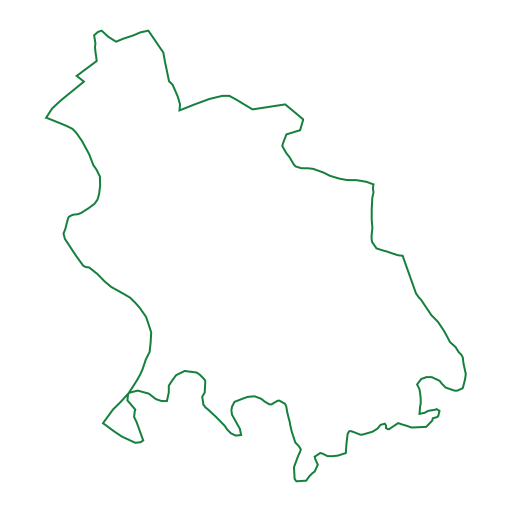 Basyun, Al Gharbiyah, Egypt (Robinson projection)
{"feature_id": "37247803B14729269607977", "entity_name": "Basyun", "entity_type": "district", "adm_level": 2, "iso_a3": "EGY", "parent_name": "Egypt", "parent_adm1": "Al Gharbiyah", "projection": "robinson", "projection_center": [30.832, 30.96], "detail": "fine", "context": "isolated", "style": "outline", "palette": "green", "viewbox_px": 512, "rotation_deg": 0, "n_neighbors": 0, "source": "geoboundaries", "source_scale": "gbopen_adm2", "svg_char_len": 3790}
<svg xmlns="http://www.w3.org/2000/svg" viewBox="0 0 512 512"><path d="M303.0,119.2L285.2,104.4L252.5,109.4L235.7,99.3L229.4,95.9L227.3,95.9L222.2,95.9L209.3,99.0L194.1,104.6L189.1,106.6L179.5,110.4L180.0,104.3L178.5,99.0L177.9,97.1L177.6,96.2L172.7,84.9L169.0,81.2L165.6,64.6L165.3,63.5L163.3,52.5L159.3,46.7L156.0,41.8L148.4,30.7L140.5,32.3L133.6,35.3L123.3,38.7L116.1,41.7L108.3,36.8L101.7,30.7L98.0,31.9L94.1,35.3L95.4,43.2L95.0,47.5L95.3,50.5L95.7,53.7L96.1,56.2L96.7,61.0L76.7,75.9L83.9,81.6L61.8,99.6L57.5,103.5L52.1,108.5L46.2,117.7L46.3,117.7L59.2,122.9L66.3,125.8L72.5,128.9L76.2,132.7L82.0,141.0L89.2,154.3L93.4,165.3L93.5,165.3L96.4,169.5L97.0,170.7L99.9,176.5L100.1,185.9L99.7,189.1L99.1,194.0L97.5,199.6L94.5,203.8L88.4,208.3L81.4,212.8L78.0,214.2L73.7,214.6L73.1,214.8L71.4,215.4L68.9,216.8L68.1,218.3L66.6,223.9L65.4,228.8L63.5,233.6L64.9,238.9L76.1,255.9L83.3,265.8L85.9,267.1L88.9,267.4L91.4,269.2L95.7,272.7L97.2,273.8L104.6,281.4L111.1,286.9L123.5,293.8L130.0,297.6L135.2,302.7L139.6,307.7L146.0,316.8L148.5,324.0L148.9,325.2L149.8,328.1L149.9,328.3L151.2,332.6L150.6,342.7L149.6,352.0L145.8,359.5L142.6,369.1L140.3,374.3L137.7,379.0L134.0,385.0L129.4,392.0L128.9,392.9L132.9,391.8L137.7,390.6L148.7,393.6L156.0,399.2L161.5,401.0L166.9,401.1L168.8,392.4L168.8,385.7L170.0,383.8L172.4,380.2L176.1,375.2L184.6,371.0L196.6,372.5L199.8,374.7L203.5,378.4L205.3,380.8L204.7,392.5L202.2,396.8L202.8,400.5L203.4,404.8L204.1,405.4L205.3,407.3L208.3,409.7L212.2,413.4L215.6,416.5L224.7,425.8L227.2,429.5L230.8,433.2L235.7,435.6L241.1,435.0L239.9,428.9L232.0,414.7L231.4,410.4L232.0,406.7L234.5,401.8L235.7,401.4L244.2,398.1L246.1,397.5L247.3,396.9L254.6,396.3L261.3,398.8L264.3,401.3L269.2,404.3L271.6,404.3L277.7,400.7L279.5,400.7L285.0,403.8L286.2,406.2L287.4,413.0L288.6,417.9L289.8,422.2L290.4,425.9L291.7,431.5L295.3,442.5L298.9,446.2L300.8,449.3L300.1,451.8L298.3,455.5L296.5,460.4L294.0,467.1L294.6,478.8L295.9,480.7L296.5,481.3L303.7,480.8L306.2,480.7L309.2,476.4L312.3,473.3L314.7,471.5L317.8,464.7L315.3,459.2L314.7,456.7L317.6,454.8L320.2,453.0L322.7,453.7L327.5,456.1L332.4,456.2L337.9,455.6L342.5,454.1L345.8,453.1L346.4,444.5L346.7,441.7L347.6,434.1L348.9,431.6L350.1,431.0L352.5,431.6L360.4,434.7L362.2,434.7L372.6,431.7L377.5,428.6L380.5,424.9L384.8,423.7L386.0,425.5L386.0,428.0L387.8,429.2L389.0,429.2L398.2,423.1L401.8,424.4L406.1,425.6L411.5,427.5L426.1,426.9L427.6,425.4L432.2,420.7L432.8,418.3L437.1,417.1L437.8,416.4L438.3,415.8L439.5,410.9L436.5,409.1L435.3,409.7L428.0,410.9L424.9,412.7L419.5,413.9L420.1,406.6L420.7,403.5L420.7,400.6L420.7,398.6L420.1,393.0L419.5,389.4L417.1,384.4L421.3,378.9L425.0,377.7L426.2,377.1L431.7,377.1L439.6,380.8L442.0,383.9L445.7,387.6L454.8,390.7L457.2,390.7L462.7,388.2L464.2,382.8L464.5,381.5L465.2,378.4L465.8,374.1L463.4,363.0L462.8,357.5L461.5,355.0L458.5,351.9L455.5,347.0L451.0,343.0L450.0,342.1L445.8,334.1L443.3,329.8L437.9,321.8L431.2,315.0L430.0,313.1L421.0,299.7L418.8,297.4L416.0,293.4L404.4,260.8L402.7,255.8L397.8,255.2L392.3,253.4L386.8,251.5L382.0,250.2L376.5,248.4L372.2,242.2L371.6,239.2L371.6,235.5L372.3,228.7L372.3,226.2L372.0,223.5L371.7,219.5L371.7,214.6L371.7,209.6L372.3,197.9L373.5,192.4L372.9,188.1L373.5,184.4L369.4,182.9L366.8,181.9L360.2,180.7L355.9,180.1L350.4,180.1L346.8,180.0L340.1,178.8L335.8,177.6L329.7,175.7L323.6,172.6L313.3,168.9L308.4,168.3L301.1,168.2L295.6,166.4L293.8,164.5L289.5,157.1L286.5,153.4L284.1,149.3L282.3,146.1L282.9,143.6L286.4,134.4L300.1,130.2L303.0,120.3L303.0,119.2ZM103.0,423.2L103.6,423.7L105.4,424.9L110.3,428.6L114.6,431.7L121.9,436.6L135.3,442.8L140.7,442.2L143.2,440.4L136.5,421.9L134.1,417.0L134.7,411.5L135.3,409.6L134.5,408.7L127.4,400.4L128.0,394.8L128.9,392.9L120.6,402.0L113.0,409.5L103.0,423.2Z" fill="none" stroke="#15803d" stroke-width="2"/></svg>